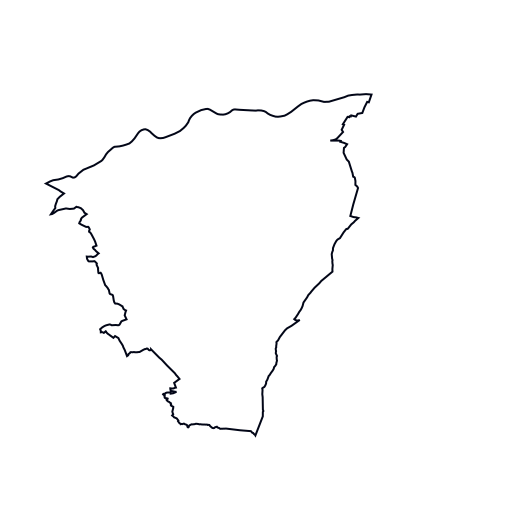 Campulung La Tisa, Maramures, Romania (Natural Earth projection), rotated 335°
{"feature_id": "2599482B2872053894930", "entity_name": "Campulung La Tisa", "entity_type": "district", "adm_level": 2, "iso_a3": "ROU", "parent_name": "Romania", "parent_adm1": "Maramures", "projection": "natural_earth1", "projection_center": [23.748, 47.96], "detail": "fine", "context": "isolated", "style": "outline", "palette": "ink", "viewbox_px": 512, "rotation_deg": 335, "n_neighbors": 0, "source": "geoboundaries", "source_scale": "gbopen_adm2", "svg_char_len": 6099}
<svg xmlns="http://www.w3.org/2000/svg" viewBox="0 0 512 512"><g transform="rotate(335 256 256)"><path d="M179.6,418.4L194.4,404.2L196.3,400.2L197.1,399.7L197.3,398.9L197.2,398.4L202.4,386.7L203.3,383.9L205.3,380.2L205.7,378.6L206.1,378.4L208.2,378.2L209.5,377.4L211.2,375.9L212.1,374.2L214.0,372.9L216.8,370.1L218.1,369.6L220.1,368.3L222.7,366.9L224.4,365.7L225.4,364.4L227.0,363.7L228.6,362.7L229.2,361.6L230.8,359.7L231.1,358.5L231.9,356.5L232.2,356.0L232.8,355.5L232.8,352.6L233.4,351.5L234.0,350.7L234.2,349.7L234.7,348.3L235.8,347.2L236.2,346.2L237.6,344.1L238.0,342.9L238.2,342.6L240.3,341.8L243.4,339.5L250.9,335.6L253.6,334.7L258.6,334.3L267.8,332.6L267.8,332.4L266.4,332.1L265.6,331.6L264.5,330.5L264.0,329.4L265.7,328.7L269.5,326.4L271.6,324.9L273.5,323.9L275.3,322.6L277.1,321.0L279.4,318.2L284.8,315.1L286.9,313.5L290.1,312.2L290.7,311.8L295.7,309.5L301.8,307.5L304.6,306.2L318.7,302.5L319.7,300.1L321.7,296.7L322.2,294.9L323.0,292.9L323.6,292.1L323.9,290.5L325.4,286.3L326.7,284.7L328.1,283.4L329.1,281.4L332.1,278.5L335.0,276.4L336.2,275.8L337.1,275.5L339.6,275.3L345.4,271.6L348.8,269.9L349.4,269.7L350.3,270.1L350.7,270.1L355.7,267.6L358.8,266.8L360.6,266.0L364.8,264.8L363.2,263.4L360.8,261.9L358.4,259.6L366.1,250.2L377.2,237.5L377.1,235.8L376.1,233.6L377.8,230.1L378.6,227.0L378.5,226.2L377.6,225.2L378.6,221.2L378.6,220.2L380.0,209.7L379.0,206.9L379.0,199.5L381.4,195.2L382.9,194.9L385.8,193.2L383.6,190.7L380.7,188.1L381.4,187.5L380.2,186.6L372.1,182.8L374.8,183.6L377.5,184.0L379.4,183.6L387.3,180.4L387.0,177.8L391.3,174.3L390.4,173.3L397.8,168.6L399.2,169.6L399.9,168.9L400.9,169.6L401.7,168.8L405.5,171.9L408.2,170.1L412.8,171.3L417.1,167.1L421.9,163.3L423.2,164.4L428.9,158.5L424.2,155.8L418.3,153.6L416.0,152.4L410.9,150.6L407.3,149.6L403.2,149.4L387.3,147.0L382.8,145.1L378.3,141.4L373.8,139.0L370.7,138.1L367.6,137.6L364.6,137.4L361.4,137.4L357.2,138.2L348.8,140.2L344.1,140.8L341.2,140.9L337.2,139.9L334.8,139.1L332.7,138.0L330.5,136.1L328.5,134.1L327.0,132.0L325.7,129.5L324.4,128.0L322.2,126.3L319.3,124.8L317.3,124.2L313.3,122.1L302.8,116.5L298.8,114.2L297.5,113.8L296.1,113.8L293.2,114.6L290.7,114.8L288.2,114.6L286.0,114.0L283.3,112.6L281.5,111.4L280.5,110.3L276.1,103.9L274.5,102.3L272.7,101.6L268.0,100.6L262.0,100.6L259.6,101.0L257.0,101.9L254.5,103.2L252.6,104.7L251.1,106.2L247.4,108.3L244.5,109.4L239.9,110.6L233.9,110.8L224.2,110.1L221.8,109.8L219.2,108.9L217.6,108.0L216.3,106.7L214.8,104.1L213.2,100.4L212.6,98.6L211.1,96.1L209.5,94.5L208.1,93.9L205.4,93.6L203.0,94.0L201.0,94.9L195.6,98.1L191.9,99.7L188.8,100.5L185.5,100.2L182.0,99.7L178.5,98.9L173.8,97.2L171.9,97.4L165.8,99.2L163.1,100.5L160.2,102.5L157.3,104.1L155.9,104.5L147.4,105.4L136.0,104.9L130.0,106.3L126.8,107.8L125.4,108.1L124.1,108.0L123.1,107.5L121.2,105.2L119.7,104.3L117.9,103.9L113.8,103.8L109.2,103.1L104.2,101.6L100.9,101.4L96.3,101.6L105.2,113.0L106.1,114.8L108.4,118.2L103.2,119.4L100.0,120.6L98.7,122.2L96.7,124.1L95.0,126.0L94.4,127.7L92.0,129.0L87.8,131.5L89.0,131.8L91.2,131.6L94.7,130.9L96.2,130.9L103.9,132.6L107.1,134.7L111.0,136.1L114.0,135.5L114.3,135.9L115.6,136.7L117.5,138.7L118.6,141.4L118.8,144.3L120.2,146.5L114.3,147.7L112.8,148.7L112.8,149.0L112.1,149.8L110.5,150.7L109.6,151.7L111.1,153.9L114.2,157.7L115.0,158.2L116.2,158.6L116.5,159.3L116.6,161.6L115.6,162.5L115.2,162.9L115.0,163.6L115.7,164.7L116.0,166.5L116.3,172.1L116.3,174.8L115.8,179.2L113.8,179.1L112.4,178.9L111.7,179.4L111.9,181.0L112.6,182.3L113.1,184.1L114.5,187.1L113.1,187.4L111.7,188.0L110.4,188.3L107.8,188.1L106.4,186.8L103.4,185.6L102.4,185.0L101.8,186.8L101.7,187.6L101.9,189.7L102.3,190.3L105.8,191.9L107.4,192.4L107.7,192.9L108.6,195.5L107.8,196.6L107.8,200.3L107.4,200.8L106.1,204.5L106.1,205.0L106.9,205.4L108.1,205.5L108.3,206.3L108.3,207.8L107.5,213.1L107.0,218.7L107.5,220.1L108.1,222.6L108.1,223.6L108.3,224.6L107.5,228.1L107.7,228.8L109.4,230.5L109.6,230.9L109.5,232.0L108.3,236.2L108.0,238.2L108.3,239.6L110.2,240.6L111.6,242.1L113.0,244.2L113.3,244.8L113.7,245.1L113.6,248.1L114.6,249.9L115.2,250.5L114.0,251.7L111.9,254.3L111.9,258.7L107.4,258.3L106.3,258.4L103.4,260.5L102.4,260.7L101.6,260.4L99.8,259.3L96.0,257.8L95.1,256.7L94.3,256.1L91.0,255.5L89.2,255.4L86.5,255.7L83.8,256.5L83.7,258.2L83.1,259.6L84.2,259.9L84.8,260.3L85.6,261.4L88.0,260.7L88.2,261.1L88.1,261.8L88.7,263.6L92.2,269.9L94.4,269.0L96.6,272.2L96.6,275.1L97.2,279.0L97.4,281.1L97.2,282.7L97.3,285.8L96.8,292.2L97.2,292.1L97.6,291.9L98.2,292.0L99.0,291.0L100.7,290.7L101.3,290.2L101.9,290.2L103.5,291.1L104.9,291.5L105.3,291.9L107.5,293.0L108.4,293.2L109.9,293.8L114.3,293.4L116.0,293.4L116.7,293.7L118.0,293.7L118.3,293.9L118.7,294.3L118.8,294.9L119.3,296.1L119.7,296.5L120.8,296.8L121.4,296.7L121.5,296.4L125.4,307.3L126.7,310.1L129.1,317.6L132.9,327.9L133.3,330.1L133.9,331.9L134.7,335.1L128.2,336.4L127.8,341.4L127.0,341.2L126.2,341.2L125.1,341.1L123.8,340.6L122.4,339.7L122.2,340.1L121.7,342.3L122.6,342.8L125.4,344.9L126.5,345.5L122.9,345.4L120.5,344.7L120.9,343.8L120.6,343.4L117.5,342.1L116.1,342.0L115.4,342.5L114.1,341.9L113.6,341.9L113.3,342.1L114.2,344.1L113.7,344.6L113.7,345.2L113.4,345.6L113.4,346.0L113.9,346.6L115.1,347.3L115.7,347.9L115.6,348.1L114.3,348.2L114.1,348.9L114.7,350.5L115.7,351.7L115.9,352.4L116.5,353.1L116.6,353.4L116.4,353.8L116.5,354.1L116.5,354.5L115.8,355.0L115.8,355.3L115.9,355.9L117.3,357.7L116.8,358.7L114.4,361.7L114.1,363.4L114.1,364.4L112.6,365.1L113.3,366.5L113.6,367.6L115.4,369.5L115.6,370.0L116.1,372.4L115.5,372.8L116.0,375.3L116.9,376.3L116.8,376.6L117.4,376.7L118.1,377.2L119.7,377.4L120.0,377.6L120.3,378.2L121.8,379.7L122.0,380.2L121.7,382.0L121.9,382.5L122.2,382.7L122.6,382.6L123.2,381.9L124.0,381.4L126.4,381.3L127.1,381.7L129.4,382.5L130.4,382.6L131.3,383.0L132.7,383.9L133.5,384.6L134.7,385.1L135.7,385.8L140.5,388.2L140.9,388.8L141.5,388.9L142.3,389.4L142.6,390.9L143.8,393.4L144.8,394.1L145.5,394.2L146.5,393.9L148.4,394.2L148.6,395.1L150.0,396.5L150.3,397.2L150.6,397.5L156.0,399.8L167.9,407.2L177.2,412.5L177.5,412.9L177.8,414.3L178.1,414.8L178.6,415.2L179.0,416.7L179.5,417.5L179.6,418.4Z" fill="none" stroke="#020617" stroke-width="2"/></g></svg>